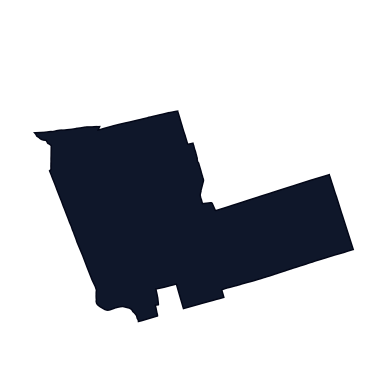 outline of Gangiova, Dolj, Romania, rotated 156°
{"feature_id": "2599482B23662584271310", "entity_name": "Gangiova", "entity_type": "district", "adm_level": 2, "iso_a3": "ROU", "parent_name": "Romania", "parent_adm1": "Dolj", "projection": "mercator", "projection_center": [23.836, 43.895], "detail": "fine", "context": "isolated", "style": "filled", "palette": "ink", "viewbox_px": 384, "rotation_deg": 156, "n_neighbors": 0, "source": "geoboundaries", "source_scale": "gbopen_adm2", "svg_char_len": 5886}
<svg xmlns="http://www.w3.org/2000/svg" viewBox="0 0 384 384"><g transform="rotate(156 192 192)"><path d="M311.7,310.1L311.1,308.0L311.1,307.9L311.1,307.2L311.1,306.4L311.0,306.1L310.5,305.3L310.0,304.6L309.6,303.9L309.3,303.4L309.3,303.1L308.9,302.4L308.6,301.9L308.2,301.4L307.6,300.7L307.2,300.4L306.9,300.2L306.2,299.6L305.9,299.5L305.3,299.1L304.5,298.7L304.4,298.5L304.3,298.3L304.2,298.2L304.2,297.9L304.2,297.7L304.0,296.4L304.0,296.1L304.0,295.5L303.9,295.3L303.9,295.2L303.8,294.9L303.7,294.8L303.5,294.7L303.1,294.1L302.8,293.7L302.6,293.5L302.1,292.4L302.0,292.2L301.7,291.7L301.8,291.5L301.9,291.2L303.6,287.5L304.9,284.7L305.8,282.7L307.2,279.8L308.5,276.8L309.0,275.9L309.9,273.9L310.3,273.1L310.7,272.1L311.5,270.3L311.7,269.8L312.5,269.6L313.5,269.3L313.5,268.4L313.6,265.6L313.6,264.7L313.7,263.7L313.9,259.7L313.9,257.9L314.0,257.0L314.0,256.0L314.2,252.2L314.4,249.4L314.5,247.3L314.9,238.5L314.9,237.3L315.3,231.8L315.4,228.2L315.7,222.9L315.9,218.3L316.2,213.9L316.2,211.6L316.2,209.8L316.6,205.8L316.6,203.2L316.8,201.1L317.0,196.8L317.4,192.8L317.7,178.2L318.4,166.1L319.0,152.1L318.8,144.9L319.2,141.2L319.8,140.2L320.1,139.7L320.7,138.5L321.2,137.3L321.8,136.1L322.3,134.9L322.8,133.6L323.2,132.4L323.3,132.2L323.8,131.5L324.1,130.8L324.4,129.0L324.3,128.4L324.1,127.4L323.1,125.4L322.5,124.4L319.4,120.1L318.6,119.4L317.5,118.5L316.1,118.0L314.6,117.7L313.0,117.6L310.6,117.4L309.9,117.4L309.3,117.4L308.4,117.2L306.5,116.9L304.0,116.3L301.8,115.6L300.5,114.6L298.6,113.1L296.4,111.4L295.2,109.7L294.8,108.6L294.6,106.7L294.3,106.2L294.0,105.5L293.6,104.4L292.9,101.5L293.0,101.2L293.4,98.9L293.4,98.6L293.2,97.6L293.2,97.1L293.2,96.8L293.4,96.1L293.6,95.5L290.3,94.9L280.1,93.6L275.4,93.0L274.0,92.8L273.9,93.0L273.7,93.3L273.4,94.5L273.2,96.0L272.1,100.7L271.6,103.5L268.6,102.7L268.4,103.0L266.4,109.2L266.1,110.6L265.7,112.2L265.3,114.1L264.5,118.1L259.4,117.0L257.0,116.5L255.5,116.2L254.1,116.0L252.4,115.7L249.7,115.3L247.0,114.8L244.5,114.4L243.7,114.2L244.5,108.6L245.3,102.9L247.2,89.0L230.2,86.5L228.6,86.3L226.7,86.0L224.8,85.7L222.8,85.4L219.6,84.9L217.2,84.5L213.3,84.0L210.7,83.5L206.2,82.9L205.8,82.8L205.7,83.2L205.3,85.9L204.8,89.7L204.7,90.2L204.5,90.4L204.3,90.5L203.6,90.5L202.1,90.4L200.8,90.3L198.4,90.0L197.2,89.7L196.0,89.5L194.8,89.3L193.4,89.1L190.8,88.7L189.4,88.4L187.7,88.2L185.9,87.9L184.2,87.8L178.9,87.0L177.5,86.8L175.5,86.4L171.6,85.8L167.1,85.3L164.5,84.9L161.1,84.6L160.2,84.4L159.0,84.3L158.0,84.2L156.6,84.0L155.4,83.8L152.3,83.5L152.0,83.4L151.3,83.4L149.8,83.3L147.6,83.0L145.9,82.9L143.3,82.6L140.4,82.3L139.1,82.1L138.4,82.1L137.1,82.0L135.4,81.8L134.0,81.7L132.8,81.5L131.1,81.4L129.3,81.2L128.1,81.0L126.2,80.8L123.0,80.5L120.2,80.1L116.5,79.7L115.4,79.7L111.9,79.3L111.0,79.1L109.9,79.0L109.0,79.0L107.0,78.8L101.7,78.1L99.1,77.8L96.9,77.5L94.8,77.3L91.4,76.9L89.9,76.7L87.8,76.5L81.9,75.6L79.1,75.2L78.6,75.1L76.8,74.9L75.2,74.8L73.3,74.6L71.8,74.4L68.6,74.0L68.1,73.9L64.3,108.5L64.2,109.3L64.0,111.8L62.5,124.4L62.3,126.4L62.0,128.6L61.8,131.6L61.6,133.6L61.3,136.4L61.2,137.0L61.0,138.7L60.6,142.6L60.5,143.8L60.2,146.2L59.8,149.8L59.7,151.8L59.6,152.0L64.5,152.6L75.2,154.0L75.5,154.0L78.2,154.4L87.5,155.4L93.9,156.1L97.0,156.4L98.5,156.6L103.7,157.2L111.8,158.1L117.5,158.7L118.2,158.8L121.5,159.1L129.1,160.0L131.8,160.3L134.1,160.5L135.8,160.7L137.6,160.9L139.4,161.1L143.9,161.6L150.9,162.3L152.6,162.5L155.5,162.8L161.6,163.5L162.0,163.5L162.9,163.6L164.0,163.7L169.4,164.3L173.5,164.8L174.4,164.9L176.2,165.1L177.5,165.3L177.9,165.5L178.1,165.7L178.2,165.9L178.2,166.1L178.2,166.4L178.2,168.1L178.2,169.0L178.2,170.7L178.2,172.4L178.2,173.2L178.2,173.4L178.3,173.6L178.4,173.9L178.5,174.1L179.0,174.5L179.3,174.6L182.9,175.7L184.1,176.1L187.2,177.1L187.0,178.4L186.9,179.2L186.6,180.9L186.5,181.6L186.5,181.9L186.6,182.1L186.4,183.3L186.2,184.1L185.9,185.6L185.7,185.9L185.6,186.2L185.3,186.7L184.6,187.6L183.8,188.7L183.5,189.0L183.4,189.5L183.2,189.7L183.2,189.8L183.0,190.1L182.9,190.2L182.6,190.5L182.3,190.9L181.7,191.6L181.1,192.4L180.5,193.1L180.0,193.8L179.4,194.5L178.4,195.8L177.8,196.5L177.1,197.4L176.8,197.9L176.6,198.4L176.6,198.6L176.4,199.4L176.4,200.2L176.2,201.6L176.0,202.4L176.0,203.0L175.8,204.4L175.6,206.0L175.3,207.5L175.2,208.3L174.7,212.1L174.6,212.9L174.5,213.7L174.4,214.4L174.2,215.8L174.4,216.5L174.5,216.9L174.5,217.2L174.4,218.1L174.3,218.6L174.1,219.1L174.1,219.3L174.1,219.6L174.0,219.8L173.9,220.2L173.8,220.3L173.6,220.5L173.5,220.8L173.3,222.4L173.3,222.5L173.1,223.4L172.9,224.7L172.7,226.0L172.5,226.9L172.3,228.8L172.3,229.2L172.2,230.1L172.0,231.5L171.7,233.0L171.6,233.7L171.5,235.1L171.3,236.2L176.3,237.2L176.4,237.3L176.4,237.9L176.4,238.1L176.3,239.2L175.9,242.2L175.6,244.7L175.3,246.7L175.3,246.9L175.2,248.1L175.1,249.2L175.0,250.3L174.7,252.7L174.4,255.1L174.2,256.3L173.9,258.8L173.1,264.8L172.5,269.6L172.4,270.8L172.3,271.5L172.2,271.7L173.1,272.0L174.7,272.4L178.4,273.2L180.3,273.7L180.8,273.8L181.0,273.9L181.1,274.0L181.9,274.1L183.6,274.4L187.1,275.0L190.4,275.7L193.7,276.3L195.2,276.6L196.7,276.9L199.6,277.4L200.0,277.5L200.8,277.8L201.8,277.9L202.1,277.8L205.2,278.4L206.7,278.7L209.7,279.2L212.6,279.8L217.5,280.7L220.2,281.2L222.6,281.7L223.0,281.8L223.9,282.0L231.5,283.5L233.9,283.9L237.2,284.5L238.3,284.6L239.5,284.8L246.6,285.9L250.0,286.3L252.4,286.7L252.6,286.8L252.2,287.1L250.5,288.7L250.2,288.9L249.8,289.3L251.1,289.8L252.7,290.6L254.5,291.3L256.9,292.1L258.2,292.7L261.2,294.0L261.9,294.3L262.7,294.5L263.5,294.8L265.9,295.4L267.0,295.7L267.4,295.8L267.8,295.8L268.2,296.0L270.8,296.8L271.6,297.1L271.9,297.1L272.9,297.3L273.8,297.5L276.7,298.3L280.2,299.5L283.2,300.4L285.3,301.2L285.7,301.5L287.6,302.2L289.7,302.8L290.9,303.1L292.4,303.3L294.2,303.7L294.9,303.9L296.0,304.5L296.7,304.8L297.7,305.1L298.8,305.4L300.9,306.0L302.0,306.4L302.5,306.5L311.7,310.1Z" fill="#0f172a" stroke="#020617" stroke-width="1.5"/></g></svg>